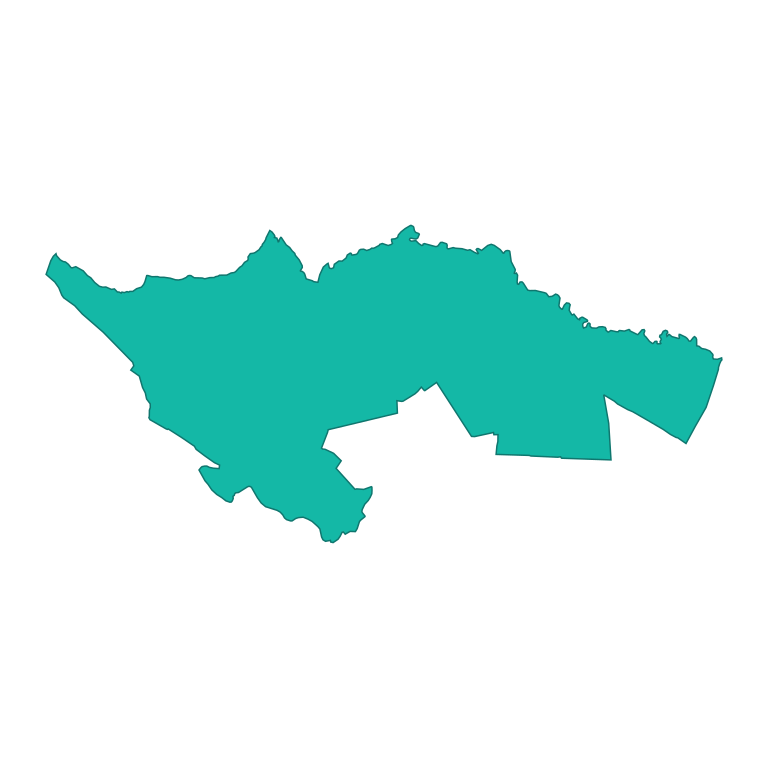 outline of Popesti, Vrancea, Romania
{"feature_id": "2599482B83039942073934", "entity_name": "Popesti", "entity_type": "district", "adm_level": 2, "iso_a3": "ROU", "parent_name": "Romania", "parent_adm1": "Vrancea", "projection": "albers", "projection_center": [27.079, 45.583], "detail": "fine", "context": "isolated", "style": "filled", "palette": "teal", "viewbox_px": 768, "rotation_deg": 0, "n_neighbors": 0, "source": "geoboundaries", "source_scale": "gbopen_adm2", "svg_char_len": 6109}
<svg xmlns="http://www.w3.org/2000/svg" viewBox="0 0 768 768"><path d="M686.0,443.5L695.3,426.3L706.1,407.4L713.5,385.4L718.4,369.4L718.5,367.4L719.7,363.6L720.9,361.0L721.9,359.9L721.6,357.9L717.4,359.3L713.4,359.0L712.6,356.9L713.0,355.7L712.8,354.4L709.8,351.0L705.7,349.3L701.7,348.5L699.0,346.3L696.7,345.8L696.6,339.5L696.1,338.0L694.6,336.6L693.5,337.3L690.6,341.0L690.0,341.2L689.0,341.0L687.3,338.6L685.5,337.1L679.9,334.4L679.2,334.4L679.0,335.8L679.4,337.7L679.2,338.3L678.7,338.5L671.9,336.6L669.4,334.5L668.7,334.5L667.0,336.3L666.6,334.7L666.7,333.7L667.7,332.8L667.6,331.8L667.2,331.0L665.5,330.3L663.2,331.3L661.9,333.9L661.2,334.8L660.0,335.2L659.8,335.9L659.6,336.9L660.8,338.1L661.3,339.4L660.2,341.3L660.1,342.1L660.9,343.4L660.5,343.8L657.4,343.8L657.0,343.3L657.0,341.6L656.7,341.3L655.0,341.4L653.2,343.4L652.5,343.5L649.5,341.4L645.9,336.9L644.5,335.7L643.8,333.7L644.8,330.9L644.1,329.6L642.1,329.8L637.9,334.6L637.5,334.6L630.0,330.9L629.8,330.0L629.0,329.5L624.4,331.1L619.6,330.5L618.7,331.0L618.4,331.7L616.8,331.8L610.8,330.5L608.4,332.1L607.8,331.9L605.9,330.1L606.0,328.8L605.2,327.4L602.5,326.7L599.0,326.9L596.4,328.2L591.9,327.9L590.3,326.6L590.0,325.9L590.1,324.0L589.4,323.2L588.5,323.1L587.7,323.8L586.3,327.0L583.6,328.0L582.8,326.4L582.7,324.1L583.8,322.5L587.4,321.4L587.6,320.8L587.1,319.9L582.8,317.3L581.9,317.2L579.6,318.4L579.7,319.6L579.5,319.8L577.7,318.9L573.9,314.1L572.2,315.0L571.6,314.5L569.2,310.3L569.6,307.0L570.2,304.8L569.0,303.3L566.5,302.9L564.3,305.1L562.4,309.1L561.9,309.3L560.6,308.3L559.5,307.2L558.9,305.5L560.0,298.1L558.6,295.7L557.3,294.7L555.6,294.1L552.2,296.3L548.8,296.7L546.3,293.4L544.6,292.7L535.3,290.5L529.8,290.6L527.7,290.1L523.3,283.1L522.0,281.9L520.1,282.0L518.7,284.3L517.5,284.0L517.1,281.9L517.6,275.2L516.4,273.0L515.1,273.5L514.3,273.3L514.6,271.8L515.1,271.1L515.2,269.4L511.2,261.6L509.8,251.5L509.5,251.0L507.9,250.5L506.1,250.7L504.6,251.8L503.8,253.2L503.2,253.2L500.2,249.6L494.3,245.4L491.2,244.3L487.7,245.5L481.6,250.4L478.3,248.6L477.1,248.6L476.2,249.6L478.4,253.3L477.8,253.8L474.5,252.4L470.0,249.7L467.6,250.3L462.0,248.7L455.4,248.2L453.2,247.6L448.3,248.9L447.4,248.5L447.0,247.5L447.2,245.2L446.6,243.8L442.2,242.3L440.5,242.5L437.9,245.9L437.0,246.4L435.6,246.6L424.4,243.6L423.1,244.1L422.8,245.3L421.7,245.5L418.8,243.6L415.8,240.6L411.4,241.2L410.1,240.5L409.5,239.7L410.0,238.5L410.9,238.1L414.4,238.9L416.4,238.9L417.8,237.9L419.3,234.4L418.9,233.6L415.5,232.3L414.4,230.5L413.7,227.1L413.1,226.4L411.1,225.4L410.4,225.5L405.3,228.5L401.0,231.9L398.4,234.9L397.6,237.5L395.1,238.8L391.8,239.1L391.5,239.6L391.8,241.7L392.5,243.3L391.4,244.4L388.2,245.5L382.3,243.5L379.7,244.4L379.3,245.3L374.7,247.8L373.2,248.3L371.8,248.1L370.0,249.4L366.7,250.5L363.7,249.2L360.7,249.4L359.3,250.2L357.8,253.0L356.6,254.3L352.1,255.1L351.5,254.7L351.5,254.0L351.0,253.3L350.2,253.1L347.3,255.0L346.1,258.0L342.2,261.1L338.9,261.0L334.3,264.3L333.6,267.7L331.6,268.6L329.8,268.3L329.2,267.4L328.1,263.3L326.9,264.0L323.3,267.1L319.8,274.7L317.9,282.3L313.8,281.7L312.2,280.7L306.2,278.9L304.7,274.0L303.8,272.6L302.2,271.4L300.5,271.1L300.4,270.6L302.3,267.5L302.2,265.7L299.2,259.9L295.3,255.2L294.8,253.4L292.1,250.8L289.7,247.5L286.2,244.9L281.3,237.5L280.7,237.4L279.3,239.7L278.8,241.6L278.2,241.8L276.9,238.1L274.4,237.5L274.9,236.3L274.3,235.0L272.1,232.1L269.8,230.5L266.2,237.6L265.6,239.7L264.0,242.4L262.4,244.3L262.0,246.0L260.8,247.0L259.1,249.7L255.2,252.5L253.5,253.2L250.3,253.6L248.0,257.0L248.2,259.2L247.6,260.5L244.5,262.4L242.0,265.8L239.6,267.4L235.9,271.4L234.3,272.5L231.0,273.0L226.8,275.1L219.5,275.2L218.2,276.1L215.4,276.7L214.3,277.5L209.8,277.6L204.8,278.8L202.2,278.0L194.3,277.8L190.9,275.6L189.1,275.5L187.7,276.0L186.3,277.4L182.2,279.3L178.5,280.0L175.5,279.8L170.3,278.2L164.1,277.3L160.0,277.3L157.5,276.6L151.9,276.7L147.8,275.5L146.7,275.6L145.0,281.5L143.7,284.4L141.5,287.1L136.6,288.7L132.8,291.4L129.8,291.4L128.5,292.1L127.0,291.6L124.3,292.6L121.9,292.1L121.2,293.1L119.0,292.0L117.4,292.0L114.4,288.9L111.4,289.4L105.9,287.0L102.8,287.2L99.4,286.3L94.7,282.5L90.8,277.8L87.4,275.6L83.3,270.9L75.8,266.7L72.1,267.9L70.9,267.5L68.4,264.3L65.5,262.0L63.1,261.5L60.3,259.9L56.5,255.6L56.0,253.7L53.3,256.3L50.8,260.7L46.1,274.4L54.8,282.0L58.8,287.7L61.8,295.1L63.7,297.8L74.7,305.7L82.3,314.0L103.1,332.1L132.7,362.3L133.8,365.9L130.8,370.1L139.3,376.1L142.6,387.6L145.3,392.9L146.6,399.0L150.2,403.8L150.3,407.5L149.4,410.2L149.3,416.3L148.9,417.7L150.0,419.7L166.1,428.9L167.5,429.4L168.3,429.0L181.3,437.3L194.4,446.2L196.1,449.3L204.7,455.8L214.5,462.7L219.6,465.1L219.1,468.6L213.4,468.2L209.5,467.4L206.9,466.1L204.6,466.1L202.1,466.6L201.0,467.5L199.0,470.0L205.0,480.8L208.1,484.4L211.8,489.9L216.7,494.4L221.8,497.6L225.8,500.8L229.9,502.2L231.4,502.0L232.3,500.8L233.2,498.6L233.0,496.3L234.3,495.3L234.7,493.8L235.5,492.9L238.5,492.5L247.7,486.7L249.0,486.3L250.4,486.6L251.5,487.4L257.4,497.7L261.2,503.0L265.6,506.7L277.0,510.3L280.2,512.1L282.8,514.9L284.5,517.9L286.5,519.6L290.5,520.9L292.1,520.9L295.7,518.5L298.5,517.6L303.2,517.2L308.1,519.2L312.1,521.4L317.9,526.6L319.9,529.0L321.6,537.0L323.0,539.8L325.5,541.3L330.4,540.4L330.7,542.0L333.1,542.6L338.0,539.3L340.1,536.3L342.1,532.3L343.4,532.0L345.2,534.2L350.1,531.4L355.4,531.6L357.2,528.6L359.4,521.7L360.5,520.3L365.0,516.6L364.9,515.9L362.2,512.5L361.9,511.4L362.2,509.6L364.7,504.3L368.2,500.5L370.1,497.5L371.8,493.8L372.0,490.3L371.9,487.1L371.3,486.7L363.8,489.4L356.7,488.9L355.0,489.3L336.1,468.4L341.2,460.8L333.6,453.3L325.1,449.3L322.5,449.0L321.5,448.1L327.5,432.5L328.2,429.7L397.4,413.1L396.9,400.7L401.8,401.4L403.2,401.1L415.0,393.8L417.7,391.4L421.3,387.1L424.4,390.6L424.9,390.6L436.6,382.4L471.5,436.4L474.6,436.6L493.5,432.5L493.9,434.7L498.0,434.6L497.9,441.4L496.9,445.9L496.1,454.4L529.3,455.4L530.8,456.0L557.8,457.2L560.6,456.8L561.5,458.2L611.0,459.9L608.7,423.3L603.8,395.3L604.2,395.1L614.4,401.2L617.6,404.0L627.7,409.6L632.7,411.7L647.1,420.0L663.2,429.4L670.4,434.4L676.2,437.5L677.6,437.7L686.0,443.5Z" fill="#14b8a6" stroke="#0f766e" stroke-width="1.5"/></svg>